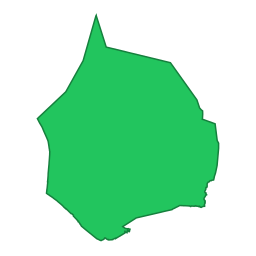 Tepoztlán, Morelos, Mexico (Robinson projection)
{"feature_id": "50627088B16515599651569", "entity_name": "Tepoztlán", "entity_type": "district", "adm_level": 2, "iso_a3": "MEX", "parent_name": "Mexico", "parent_adm1": "Morelos", "projection": "robinson", "projection_center": [-99.113, 18.993], "detail": "fine", "context": "isolated", "style": "filled", "palette": "green", "viewbox_px": 256, "rotation_deg": 0, "n_neighbors": 0, "source": "geoboundaries", "source_scale": "gbopen_adm2", "svg_char_len": 4753}
<svg xmlns="http://www.w3.org/2000/svg" viewBox="0 0 256 256"><path d="M46.5,193.3L47.2,193.8L47.6,194.1L47.8,194.2L48.0,194.4L48.4,194.6L49.0,195.0L49.6,195.4L49.6,195.5L50.1,195.8L50.7,196.2L51.2,196.5L51.8,196.9L51.9,197.0L52.3,197.3L52.5,197.4L53.3,198.0L53.6,198.3L54.0,198.6L54.7,199.1L55.4,199.6L55.8,199.9L56.2,200.2L57.2,200.9L57.5,201.3L58.7,202.3L59.8,203.2L61.2,204.4L62.3,205.4L63.2,206.3L63.4,206.5L63.6,206.8L63.9,207.1L64.2,207.4L64.5,207.7L64.9,207.9L64.9,208.0L65.0,208.1L65.4,208.5L65.7,208.8L65.9,208.6L66.1,208.7L66.6,209.2L66.7,209.4L66.8,209.4L66.9,209.5L67.0,209.6L67.2,209.8L67.5,210.1L67.8,210.4L68.1,210.6L68.2,210.8L68.4,210.9L68.8,211.4L69.2,211.8L69.9,212.4L70.1,212.6L70.2,212.8L70.7,213.2L71.2,213.7L71.4,213.6L71.5,213.6L71.8,213.7L72.0,213.8L72.8,214.6L73.4,215.1L73.4,215.4L73.3,215.7L73.3,215.9L73.4,216.0L73.5,216.2L73.9,216.6L74.2,216.9L74.6,217.3L74.8,217.5L75.2,218.0L75.5,218.3L75.8,218.6L76.0,218.8L76.3,219.1L76.9,219.8L77.3,220.2L77.4,220.5L77.7,220.8L77.8,221.0L78.0,221.1L78.4,221.2L78.4,221.3L78.3,221.6L78.5,221.6L78.6,221.8L78.8,222.1L79.0,222.4L79.1,222.6L79.3,222.8L79.5,223.0L79.7,223.3L79.8,223.5L80.0,223.7L80.0,223.8L80.0,224.0L80.4,224.5L80.8,224.9L80.8,225.0L81.1,225.6L81.3,225.9L81.5,226.3L82.1,226.7L83.4,227.8L84.8,229.0L96.9,238.8L97.0,238.8L97.3,238.9L97.4,239.0L98.2,239.3L98.4,239.4L99.2,239.8L99.3,239.9L99.7,240.1L99.9,240.2L100.0,240.2L100.3,240.3L101.0,240.6L101.3,240.5L101.5,240.4L102.2,240.0L102.6,239.8L102.8,239.8L103.8,239.3L104.0,239.1L104.1,238.9L104.3,238.6L104.6,238.2L104.8,237.9L105.0,237.9L105.5,238.1L106.0,238.4L106.0,238.6L106.7,239.1L107.2,239.3L107.7,239.6L107.8,239.5L108.4,239.5L108.4,239.8L108.5,239.9L109.1,239.9L109.6,239.9L110.5,239.8L111.6,239.7L111.7,239.8L111.9,239.8L112.0,239.7L112.7,239.6L112.7,239.4L113.7,238.9L114.7,238.5L115.2,238.3L115.7,238.1L115.7,238.5L124.9,233.0L124.8,232.3L124.8,231.5L124.9,231.0L125.0,230.7L125.2,232.0L126.4,232.5L127.0,232.7L127.1,231.5L127.8,231.6L127.8,230.6L127.6,230.2L127.1,229.8L127.6,230.1L129.4,231.5L129.5,231.3L129.6,230.5L129.8,229.8L130.0,229.2L129.3,229.0L128.8,228.9L128.4,228.7L128.2,228.6L127.8,228.7L127.2,228.8L126.8,228.7L125.0,228.3L124.6,227.9L123.7,227.4L123.2,227.0L122.8,226.7L122.7,226.6L136.3,217.9L157.0,213.1L161.3,212.1L161.5,212.0L162.5,211.8L164.5,211.3L169.5,210.2L172.1,209.6L172.3,209.3L172.5,209.1L174.9,208.0L176.5,207.1L177.5,206.7L178.6,206.1L179.7,205.5L179.8,205.5L182.3,205.6L183.2,205.7L184.1,205.7L184.4,205.7L185.4,205.7L186.3,205.8L187.3,205.8L188.0,205.9L188.5,205.9L189.0,205.9L189.3,205.9L189.7,205.9L190.2,206.4L190.4,206.5L190.8,206.5L191.3,206.0L193.8,206.2L194.2,206.1L194.4,206.2L194.5,206.1L194.9,205.9L195.0,205.9L195.2,206.1L195.3,206.1L195.5,205.9L195.7,205.7L195.8,205.7L195.9,205.8L196.0,205.8L196.2,206.0L196.3,206.1L196.5,206.1L196.8,206.2L197.2,206.2L197.4,206.2L197.9,206.3L198.2,206.3L198.5,206.3L198.8,206.5L199.0,206.7L199.3,206.4L199.6,206.2L199.7,206.3L199.9,206.5L200.0,206.7L200.1,206.8L200.2,207.0L200.4,207.1L200.5,207.1L200.8,207.3L201.1,207.4L201.3,207.3L201.5,207.2L201.8,207.0L202.2,206.8L202.6,206.7L203.0,206.6L203.4,206.3L203.7,206.2L203.8,206.2L204.0,206.2L204.3,206.3L204.6,206.3L204.6,205.8L204.6,205.4L204.5,204.9L204.4,204.6L204.6,204.3L204.7,203.8L204.8,203.3L204.8,203.2L204.9,203.3L205.0,203.3L205.2,201.9L205.1,201.3L205.1,201.0L205.1,200.8L204.5,200.0L204.4,200.1L204.0,199.5L204.0,198.8L204.0,198.7L204.1,198.2L204.4,197.7L204.7,197.2L204.8,197.0L205.0,196.8L205.4,196.2L205.6,195.4L206.6,194.8L205.7,193.8L206.1,193.1L205.0,192.5L204.8,192.1L204.8,191.2L205.0,191.0L205.3,190.3L205.4,190.2L205.8,189.3L205.9,187.5L206.8,187.4L207.2,186.1L207.1,185.0L207.2,183.5L208.2,182.1L209.2,181.8L210.2,180.6L211.3,180.7L211.9,180.2L213.6,180.0L213.9,178.9L214.4,176.4L215.5,173.0L216.1,170.2L216.9,166.4L217.1,165.3L217.7,158.6L218.6,148.3L218.6,143.2L217.2,140.6L215.1,123.8L203.2,119.5L202.3,119.3L202.5,118.1L202.7,114.1L202.6,110.9L201.4,110.0L199.6,108.0L196.9,99.9L170.4,62.7L127.5,52.3L126.8,52.1L106.2,47.1L96.3,15.9L96.2,15.4L95.9,16.0L83.1,60.8L65.8,91.8L37.4,118.6L39.6,122.9L41.4,125.9L42.1,127.1L44.0,131.6L46.8,137.9L47.1,138.6L47.6,139.9L47.7,140.1L47.9,140.4L48.0,140.9L48.2,141.6L48.2,141.8L48.3,142.1L48.3,142.3L48.4,142.8L48.9,145.9L49.1,147.5L49.2,148.3L49.3,148.5L49.5,150.0L49.5,150.3L49.7,151.3L49.8,151.6L49.7,153.3L49.7,154.5L49.4,158.8L49.3,160.2L49.1,162.6L49.1,162.8L49.1,163.4L49.0,163.9L49.0,164.3L49.0,164.5L48.7,167.5L48.3,172.1L48.2,173.0L48.1,175.7L47.8,179.7L47.5,181.9L47.7,182.0L47.8,182.0L47.6,183.5L47.6,183.8L47.5,184.3L47.3,186.4L47.3,186.6L47.1,188.4L46.9,189.5L46.8,190.9L46.7,191.0L46.7,191.3L46.7,191.6L46.5,192.9L46.5,193.0L46.5,193.3Z" fill="#22c55e" stroke="#15803d" stroke-width="1.5"/></svg>